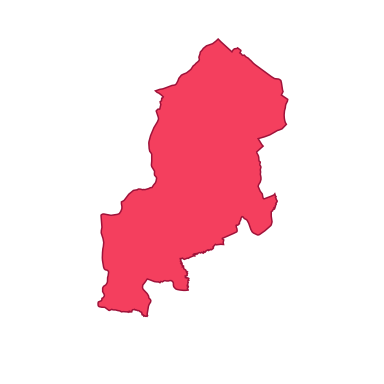 outline of Ko Chan, Chon Buri, Thailand, rotated 122°
{"feature_id": "78962969B17576291228929", "entity_name": "Ko Chan", "entity_type": "district", "adm_level": 2, "iso_a3": "THA", "parent_name": "Thailand", "parent_adm1": "Chon Buri", "projection": "robinson", "projection_center": [101.432, 13.403], "detail": "fine", "context": "isolated", "style": "filled", "palette": "rose", "viewbox_px": 384, "rotation_deg": 122, "n_neighbors": 0, "source": "geoboundaries", "source_scale": "gbopen_adm2", "svg_char_len": 6096}
<svg xmlns="http://www.w3.org/2000/svg" viewBox="0 0 384 384"><g transform="rotate(122 192 192)"><path d="M336.7,212.4L338.1,211.3L338.3,210.9L338.4,209.9L337.6,207.6L336.0,204.8L336.4,199.8L336.2,199.3L334.0,197.8L333.8,196.5L332.5,194.3L331.8,191.9L331.1,190.4L331.0,188.3L329.9,187.0L328.5,184.3L327.8,183.3L327.8,182.4L327.1,182.2L327.0,181.7L326.4,181.9L326.4,181.5L326.2,181.3L326.4,181.0L326.2,180.4L325.6,179.6L324.1,180.1L323.2,179.9L322.6,179.0L322.0,178.6L322.2,177.6L321.7,177.3L321.3,174.9L320.9,174.5L320.7,173.9L321.0,172.8L320.8,171.8L321.0,171.3L320.8,170.9L321.6,170.2L321.8,169.7L322.5,169.4L322.5,168.7L322.1,168.3L322.3,168.0L322.2,167.2L322.7,167.0L322.1,166.5L322.2,165.8L321.9,165.6L321.7,165.0L321.2,164.8L321.2,164.2L320.4,164.1L319.7,165.0L318.9,165.5L311.9,168.4L310.0,168.8L307.3,168.8L306.0,169.3L305.3,170.2L304.6,172.6L303.3,173.6L302.4,175.2L301.9,176.3L300.5,181.6L299.9,182.7L299.0,183.5L297.0,184.4L293.1,184.0L289.6,183.9L289.4,183.7L288.6,180.2L287.9,176.4L286.8,174.0L286.0,172.8L285.9,171.1L284.3,171.0L283.9,169.5L282.0,168.6L281.4,167.8L281.0,166.6L280.1,165.0L278.8,163.8L278.1,162.6L278.2,161.3L278.6,160.1L279.2,159.5L280.9,158.4L281.9,157.4L282.3,156.5L282.8,154.4L282.5,152.9L281.5,150.3L280.0,147.2L278.6,145.0L277.2,143.3L276.8,143.7L276.6,144.4L276.1,144.9L275.8,144.8L275.5,145.0L274.7,144.8L274.3,145.2L273.9,145.2L273.8,145.5L274.2,145.6L274.3,146.1L273.9,146.4L273.6,146.3L273.4,146.7L272.2,146.7L271.5,147.3L270.8,147.2L270.5,147.7L269.5,148.4L268.9,148.5L268.6,148.1L268.3,148.7L267.2,148.7L267.0,149.2L267.1,150.0L267.3,150.2L267.4,151.1L267.9,151.3L267.7,151.8L268.0,152.3L267.3,152.6L266.9,153.2L265.4,151.9L264.9,152.4L264.1,152.5L263.8,152.9L263.2,152.8L263.0,154.0L262.5,154.1L262.1,153.9L262.1,155.4L261.5,156.0L261.4,158.4L260.7,158.8L260.6,159.1L260.2,159.4L260.4,160.1L259.7,159.7L259.3,159.9L259.3,160.1L259.6,160.1L259.7,160.4L259.3,161.7L258.9,161.8L258.8,162.2L258.4,162.3L258.7,162.7L258.6,163.3L258.0,162.9L257.5,163.1L257.5,163.7L257.3,164.3L257.1,164.4L256.9,164.1L256.7,164.5L256.8,165.1L256.2,165.3L255.7,165.3L255.7,165.7L254.7,166.7L254.0,165.7L253.6,165.5L253.4,165.0L253.1,164.9L253.3,163.6L253.2,162.8L250.7,161.0L250.3,160.4L250.2,160.0L248.7,159.3L245.7,157.1L245.2,157.1L245.0,156.3L244.5,156.5L244.5,155.9L243.5,156.6L243.8,157.6L243.2,157.3L242.4,156.2L242.9,156.0L242.8,155.5L241.4,155.2L241.2,154.9L241.4,154.5L240.8,154.5L239.8,153.9L239.4,153.6L239.1,152.3L238.1,152.0L237.9,151.1L238.0,150.1L237.4,149.9L237.5,150.5L236.4,150.5L236.3,149.4L235.9,148.9L234.8,149.0L234.3,148.6L233.0,148.2L232.9,147.6L232.4,147.3L232.7,146.8L231.7,146.4L231.3,145.8L230.6,145.6L230.6,144.8L228.8,144.2L228.0,144.2L227.8,144.7L227.4,145.0L224.0,144.4L223.9,143.4L221.1,139.9L219.8,137.4L218.3,138.8L215.8,139.7L215.7,141.4L215.2,141.7L205.1,134.8L202.2,133.0L201.4,133.0L200.5,133.5L199.2,134.6L198.5,135.6L196.9,136.9L196.5,136.7L196.3,136.1L195.6,135.5L194.6,135.2L194.2,135.4L193.7,135.0L192.9,135.5L191.9,135.8L189.4,136.0L188.9,136.5L186.4,136.6L186.2,136.3L186.1,135.5L186.8,133.6L186.6,131.4L186.8,130.3L188.5,127.3L192.6,122.2L193.9,119.9L194.2,118.1L193.7,113.7L193.2,112.9L192.3,112.2L186.4,109.7L180.5,107.9L178.7,107.4L177.8,107.4L174.9,108.3L170.5,112.0L166.8,114.3L166.4,114.3L165.3,113.7L163.8,114.0L163.4,113.8L163.2,113.3L162.8,113.1L162.2,113.8L161.9,113.4L161.5,114.0L160.7,113.4L159.9,113.7L159.5,114.1L158.7,114.0L158.1,114.2L157.7,114.1L157.1,114.7L157.1,114.9L155.5,114.7L155.0,114.7L154.8,115.0L154.4,115.1L153.5,116.9L152.9,117.3L152.4,118.3L151.4,118.2L151.1,119.2L149.7,120.8L151.0,120.9L153.7,122.7L159.2,126.9L159.6,127.3L159.7,127.7L159.6,128.2L158.9,129.1L156.4,131.4L155.2,134.6L152.2,138.9L150.5,139.4L147.5,139.4L144.7,140.2L142.9,141.4L140.7,143.5L138.7,144.4L136.9,145.9L134.4,146.7L133.7,147.5L133.2,148.7L132.6,149.2L130.7,149.8L130.3,150.3L130.2,151.4L129.8,151.9L127.2,153.8L126.3,154.7L125.5,155.9L124.6,157.6L123.7,158.4L115.4,156.0L114.8,158.0L111.7,164.2L106.7,159.7L102.3,156.3L94.5,152.1L93.3,151.0L90.7,149.1L84.6,147.8L83.6,149.7L82.4,151.1L80.5,152.8L78.0,154.6L74.1,156.6L71.1,157.5L69.3,158.4L67.7,158.9L64.4,159.2L62.7,159.9L62.4,167.6L58.6,168.0L57.6,169.2L51.9,174.1L50.4,175.7L50.2,176.9L50.3,178.3L51.9,181.7L52.1,182.4L52.1,185.8L50.6,206.1L50.3,208.2L49.3,212.0L49.2,213.3L48.7,215.0L48.8,218.1L48.2,220.2L49.3,221.4L49.4,221.7L48.8,223.4L48.7,225.2L47.0,225.2L46.0,225.6L45.6,229.7L46.5,230.0L47.9,231.7L48.8,232.2L49.7,232.4L52.0,232.4L49.3,247.1L48.4,250.9L51.2,251.6L55.3,253.1L60.4,257.2L64.2,258.5L66.2,258.6L69.0,259.1L70.3,258.5L74.0,257.6L75.7,256.0L76.8,255.7L78.7,256.1L80.7,256.8L82.7,257.1L84.3,257.8L88.7,257.9L94.0,259.8L96.4,261.6L98.5,262.9L102.5,263.4L105.5,262.8L108.5,262.6L109.7,262.9L110.5,263.4L112.2,265.4L117.6,269.5L120.1,271.5L122.1,273.8L125.6,276.6L126.0,274.3L125.7,272.7L126.0,269.4L126.5,266.8L127.9,266.8L128.5,267.4L130.8,266.2L132.3,266.9L133.8,265.5L134.1,264.9L138.7,263.3L139.1,263.5L139.3,264.1L140.0,264.9L142.3,265.3L146.2,260.5L147.2,259.5L148.4,258.9L150.9,258.5L157.6,258.4L166.1,257.0L172.0,255.2L173.3,254.6L177.8,251.4L179.8,249.5L180.8,247.0L181.3,246.2L187.0,242.6L190.7,240.7L191.8,239.6L194.2,234.8L196.7,233.4L197.6,232.6L198.3,230.3L198.9,229.4L201.9,228.2L203.6,227.9L206.7,228.3L209.4,228.3L210.4,229.6L212.1,230.6L214.9,233.1L215.6,234.5L216.1,234.8L217.0,237.5L217.8,238.9L218.3,239.3L219.0,239.5L221.7,242.5L227.3,244.4L235.0,245.1L235.9,245.5L237.8,246.6L239.4,245.6L241.5,243.7L243.4,242.6L246.2,242.1L248.9,242.2L250.5,243.4L254.7,248.3L257.4,255.2L258.0,256.0L259.3,256.8L259.9,256.8L261.1,256.0L269.6,249.7L272.9,248.4L274.8,247.3L278.7,242.7L281.6,240.1L285.2,238.3L287.4,237.5L290.6,235.9L295.3,233.2L297.4,231.7L302.4,227.3L303.6,225.8L303.9,224.3L303.3,222.6L303.3,222.0L303.6,220.8L304.3,220.2L307.4,218.8L309.4,218.2L312.6,216.3L313.7,215.9L315.7,215.8L316.5,215.9L318.9,217.0L320.6,216.9L321.1,216.7L323.8,215.0L325.1,212.6L326.0,211.6L326.9,211.2L328.7,211.3L329.9,212.0L331.3,211.3L332.4,211.4L334.8,213.1L335.2,213.1L336.7,212.4Z" fill="#f43f5e" stroke="#9f1239" stroke-width="1.5"/></g></svg>